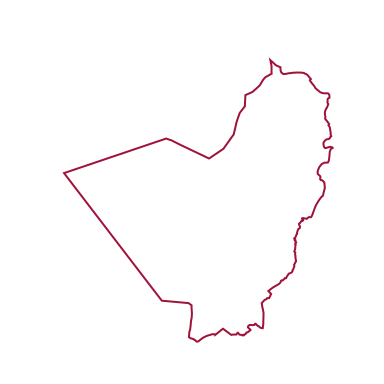 outline of Huautepec, Oaxaca, Mexico, rotated 192°
{"feature_id": "50627088B22205317391401", "entity_name": "Huautepec", "entity_type": "district", "adm_level": 2, "iso_a3": "MEX", "parent_name": "Mexico", "parent_adm1": "Oaxaca", "projection": "orthographic", "projection_center": [-96.804, 18.07], "detail": "fine", "context": "isolated", "style": "outline", "palette": "rose", "viewbox_px": 384, "rotation_deg": 192, "n_neighbors": 0, "source": "geoboundaries", "source_scale": "gbopen_adm2", "svg_char_len": 4886}
<svg xmlns="http://www.w3.org/2000/svg" viewBox="0 0 384 384"><g transform="rotate(192 192 192)"><path d="M139.5,57.1L139.0,57.7L134.4,63.4L133.2,64.7L129.6,63.0L123.9,60.4L122.5,61.0L121.9,61.1L120.3,61.6L119.7,61.6L119.0,61.8L118.6,62.8L118.3,63.4L117.9,63.9L116.8,63.2L116.0,62.4L114.6,62.4L113.5,62.6L112.8,62.2L112.4,62.3L111.9,62.5L112.2,62.8L111.8,63.2L111.6,63.3L111.2,63.4L110.8,63.6L110.4,63.9L110.1,64.2L109.9,64.5L109.8,65.3L109.6,65.6L109.4,65.8L109.2,66.0L108.7,66.2L108.3,66.4L108.1,66.7L106.2,68.8L106.1,69.2L106.2,69.4L106.4,69.6L107.1,69.9L109.0,71.1L109.2,71.4L109.2,71.7L109.0,72.9L108.9,73.1L108.5,73.4L108.1,73.6L107.8,74.0L107.6,74.1L106.9,74.2L106.3,74.3L105.9,74.3L105.3,74.3L104.9,74.4L104.0,74.7L103.4,74.9L103.2,75.1L103.1,75.3L103.1,75.6L103.1,75.8L103.1,76.1L102.9,76.3L102.6,76.3L102.2,76.2L101.9,76.1L101.7,76.0L101.4,75.8L101.0,75.4L100.8,75.2L100.6,75.1L100.3,75.0L100.0,74.9L99.6,74.7L99.2,74.7L98.5,74.3L96.7,73.4L95.5,73.4L94.5,73.5L94.7,76.1L94.7,77.0L95.1,79.1L95.3,80.0L96.2,85.0L96.8,88.2L97.1,89.2L98.1,91.6L99.0,93.5L99.4,94.3L100.7,97.8L98.5,101.6L97.0,102.6L96.7,103.2L96.4,103.8L94.5,104.2L93.4,108.7L96.7,111.0L94.8,113.4L92.8,115.6L88.6,119.4L87.6,120.4L87.3,120.9L87.0,121.3L86.8,121.8L86.5,122.7L86.5,123.6L86.1,124.1L85.4,124.4L85.0,124.3L84.6,124.8L83.8,125.9L83.6,126.1L83.4,126.5L83.3,127.0L82.0,127.3L81.7,128.9L81.0,130.6L80.4,132.2L79.3,132.9L77.8,134.0L77.2,135.6L77.4,136.7L77.0,137.2L76.7,138.5L76.7,139.4L76.4,140.2L76.6,141.0L77.0,142.2L76.5,143.4L76.4,144.5L75.8,145.6L76.5,147.7L77.4,150.0L77.4,150.9L78.1,152.0L78.3,153.5L78.4,154.3L79.5,154.9L79.5,155.7L79.3,157.1L79.3,158.3L79.6,160.0L79.7,160.6L79.6,162.0L80.0,162.3L80.3,162.5L80.2,162.9L80.0,163.3L80.1,163.5L80.1,163.8L80.0,164.0L79.8,164.1L79.7,164.3L79.9,164.4L80.0,164.6L80.4,164.9L80.5,165.2L80.5,165.6L80.9,165.7L81.0,166.2L81.3,166.2L81.3,166.5L81.6,166.5L81.8,166.7L81.8,167.1L81.5,167.5L82.3,168.0L81.8,168.7L81.3,169.6L81.0,171.7L80.9,172.3L80.6,172.6L80.6,172.9L80.8,174.4L80.6,176.1L80.3,177.9L79.2,178.9L79.1,180.4L79.5,181.1L80.6,182.5L80.7,183.3L80.3,183.8L79.8,184.3L79.5,185.0L79.2,185.7L79.2,186.0L78.9,186.4L78.4,186.5L78.2,186.8L77.8,186.9L77.7,187.4L77.4,187.5L77.5,187.8L78.0,188.1L78.5,188.4L78.9,188.7L78.9,189.1L78.4,189.4L77.7,189.6L76.5,189.6L74.9,189.6L74.2,189.6L73.8,190.2L73.4,190.8L72.9,191.4L72.2,191.8L71.3,191.9L70.7,191.9L70.3,192.2L70.1,192.6L69.7,193.9L69.2,197.3L68.9,199.5L68.7,201.1L68.0,204.9L66.2,210.1L64.4,214.1L63.3,215.3L63.2,216.6L62.9,223.9L63.4,225.0L63.7,226.1L64.0,227.3L64.3,227.9L64.4,228.5L64.7,228.9L65.0,229.2L66.1,229.9L67.3,230.6L68.4,230.4L69.2,231.0L69.5,232.1L69.4,233.0L69.6,233.7L70.1,234.3L71.5,235.0L72.9,236.0L73.4,238.4L73.1,240.8L72.5,243.3L70.9,246.3L68.6,248.2L65.3,249.0L64.9,249.9L64.7,251.5L65.0,255.4L65.6,260.0L65.2,262.7L63.6,264.4L64.1,264.8L66.4,264.9L68.7,263.7L70.0,262.9L71.0,262.7L71.8,263.2L72.6,264.2L73.5,266.5L73.5,268.1L72.9,269.4L71.6,271.3L70.6,271.8L69.2,272.3L68.8,272.7L68.4,273.6L68.1,274.6L67.5,275.2L67.4,275.6L67.6,275.8L68.1,276.7L68.5,277.3L68.6,278.6L70.5,283.5L71.1,284.5L72.4,285.6L72.0,287.0L73.5,288.4L76.1,290.6L77.0,291.3L77.1,292.0L77.1,293.1L77.6,294.3L78.2,295.7L78.6,297.9L78.5,299.5L78.3,300.5L78.0,301.7L77.5,302.6L77.4,303.4L77.3,304.1L77.2,304.9L77.1,305.7L76.9,306.3L77.3,306.7L78.2,307.7L78.2,308.8L78.6,310.4L78.5,311.6L77.9,312.1L77.2,312.5L77.2,313.2L77.7,314.9L78.0,315.7L78.6,316.3L79.1,316.6L79.7,316.8L82.1,316.2L83.5,316.0L84.4,315.9L85.3,315.9L86.6,316.1L87.8,316.5L88.7,317.0L89.9,317.6L92.7,319.1L94.7,321.3L96.5,322.6L97.8,323.7L98.2,324.3L99.0,324.7L100.0,325.9L99.2,327.2L101.3,328.8L103.3,330.4L104.8,331.1L105.5,331.2L106.2,331.2L107.2,331.7L109.9,331.5L111.5,331.2L112.5,331.0L114.9,330.5L116.2,330.1L117.2,329.9L117.8,329.7L120.2,328.8L122.0,328.3L124.0,327.4L124.5,327.1L127.3,326.4L128.5,327.0L129.6,327.6L130.6,329.3L131.2,331.3L131.4,332.4L135.4,333.2L136.6,333.6L138.9,335.0L141.1,336.3L142.8,337.3L140.4,331.8L139.6,328.0L139.4,326.9L138.7,324.3L140.7,322.5L144.2,319.4L145.2,317.6L145.9,316.2L147.9,310.3L149.2,308.5L149.9,307.5L153.6,302.5L155.7,300.9L159.9,297.9L158.9,291.5L158.1,286.8L160.0,282.9L161.7,279.4L162.9,270.5L163.1,261.1L163.2,256.9L164.7,253.6L168.3,245.2L170.3,240.7L179.1,231.6L182.3,228.3L197.7,232.0L213.1,235.7L223.4,238.4L224.3,238.4L228.4,238.9L321.1,183.9L219.3,96.8L198.9,79.4L172.3,82.6L168.9,81.1L168.1,77.7L166.8,73.2L166.2,69.1L166.1,65.5L166.1,65.2L165.6,61.2L165.2,56.8L165.5,54.7L164.8,49.4L164.7,49.3L164.2,49.1L163.1,48.7L162.7,48.6L162.0,48.6L161.1,48.5L160.4,48.5L160.0,48.5L159.5,48.1L159.0,47.9L158.2,47.7L157.8,47.5L157.3,47.3L156.9,46.9L156.5,46.7L155.9,46.7L155.0,47.0L154.2,47.8L153.7,48.5L152.4,50.0L151.9,50.6L151.4,51.3L151.0,51.6L150.3,52.3L147.8,54.2L146.8,54.8L145.3,55.6L142.6,57.1L139.9,57.6L139.6,57.4L139.5,57.1Z" fill="none" stroke="#9f1239" stroke-width="2"/></g></svg>